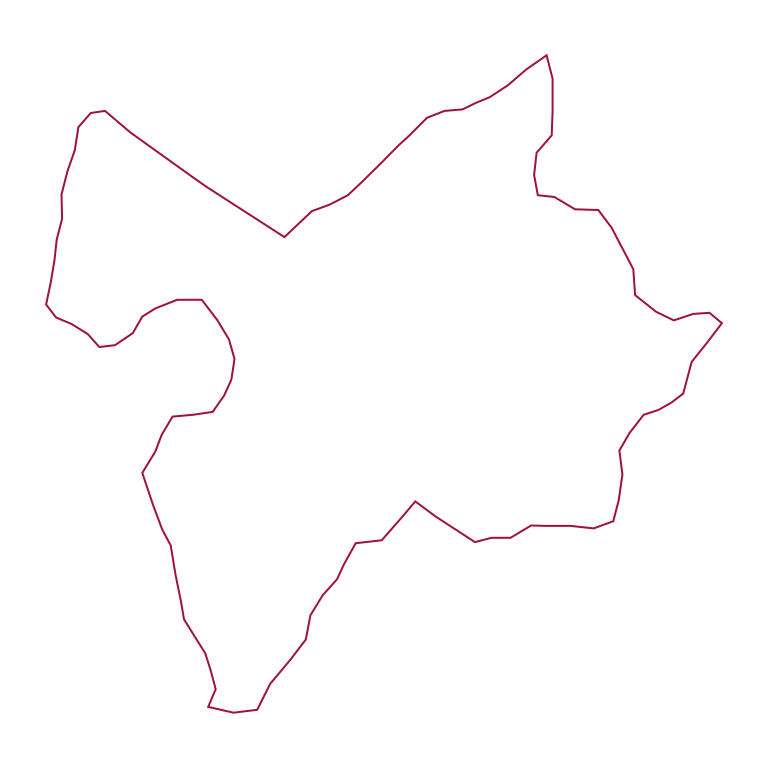 Japeri, Rio de Janeiro, Brazil
{"feature_id": "56859067B261437250670", "entity_name": "Japeri", "entity_type": "district", "adm_level": 2, "iso_a3": "BRA", "parent_name": "Brazil", "parent_adm1": "Rio de Janeiro", "projection": "natural_earth1", "projection_center": [-43.609, -22.666], "detail": "fine", "context": "isolated", "style": "outline", "palette": "rose", "viewbox_px": 768, "rotation_deg": 0, "n_neighbors": 0, "source": "geoboundaries", "source_scale": "gbopen_adm2", "svg_char_len": 1452}
<svg xmlns="http://www.w3.org/2000/svg" viewBox="0 0 768 768"><path d="M622.4,474.7L619.4,450.5L629.4,433.2L643.6,414.8L658.1,410.1L671.4,402.6L683.2,393.6L691.7,361.8L706.5,343.4L721.9,323.2L709.5,312.8L693.2,313.9L673.8,320.4L656.0,311.7L635.1,295.1L633.3,269.2L611.6,227.7L598.3,210.0L575.0,209.3L554.4,197.0L537.8,195.2L534.1,175.0L536.6,152.7L551.7,135.4L552.6,111.2L552.6,78.8L546.6,55.3L526.3,69.4L507.8,85.3L489.7,97.2L475.8,102.9L462.5,109.4L444.6,110.9L427.1,117.7L409.9,135.0L398.4,145.5L381.1,163.1L362.4,181.5L347.9,195.2L329.7,204.6L311.9,211.1L284.4,237.1L206.6,186.9L193.3,177.6L130.4,132.5L105.0,110.9L90.8,113.0L78.4,127.1L74.8,150.2L67.5,171.1L61.5,194.5L62.1,218.7L56.7,239.6L54.5,260.1L50.6,283.2L46.1,304.5L56.1,317.5L71.5,324.0L87.8,334.1L99.3,347.0L115.0,345.2L132.9,333.0L142.2,316.7L155.2,308.5L177.0,299.8L201.8,299.8L217.5,320.4L229.0,339.5L234.5,358.9L231.4,379.5L224.2,395.4L212.7,411.9L192.7,414.8L172.5,416.6L161.6,435.0L155.3,451.6L142.3,472.9L152.8,504.3L162.2,529.5L170.7,545.4L175.5,574.6L181.0,601.6L184.0,619.3L194.3,635.9L205.2,653.2L210.6,670.1L215.7,689.2L208.2,706.9L233.6,712.7L257.2,709.8L270.2,683.8L290.4,659.7L305.8,639.5L310.4,615.3L322.8,595.1L337.0,579.3L343.9,564.5L355.7,543.2L381.7,540.3L403.5,515.4L415.3,501.4L435.6,516.5L474.9,542.1L491.5,537.8L510.5,537.8L531.1,525.5L546.5,525.9L570.7,525.9L593.7,528.4L613.3,521.2L618.8,499.9L622.4,474.7Z" fill="none" stroke="#9f1239" stroke-width="2"/></svg>